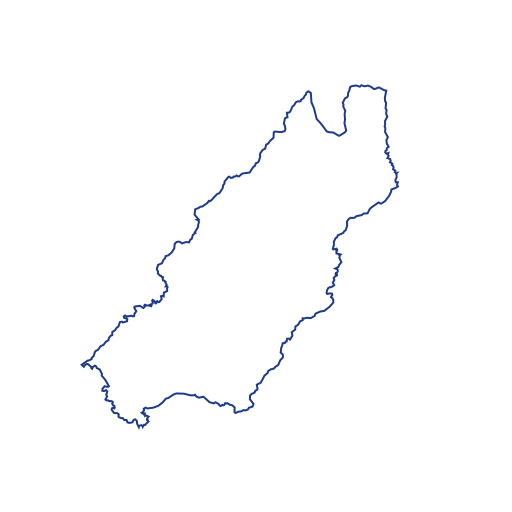 Santi Suk, Nan, Thailand, rotated 302°
{"feature_id": "78962969B68845226908078", "entity_name": "Santi Suk", "entity_type": "district", "adm_level": 2, "iso_a3": "THA", "parent_name": "Thailand", "parent_adm1": "Nan", "projection": "albers", "projection_center": [100.939, 18.92], "detail": "fine", "context": "isolated", "style": "outline", "palette": "blue", "viewbox_px": 512, "rotation_deg": 302, "n_neighbors": 0, "source": "geoboundaries", "source_scale": "gbopen_adm2", "svg_char_len": 6064}
<svg xmlns="http://www.w3.org/2000/svg" viewBox="0 0 512 512"><g transform="rotate(302 256 256)"><path d="M370.4,205.5L365.6,208.2L361.0,206.9L357.9,206.8L355.8,205.6L351.9,206.9L349.6,205.5L345.5,205.2L343.9,205.6L342.8,206.8L337.7,208.2L336.1,207.9L334.5,206.7L331.8,207.3L330.0,206.5L323.4,206.4L319.6,201.7L318.2,200.5L314.5,199.4L314.0,198.6L314.0,196.9L312.1,196.0L311.5,194.9L310.2,194.8L308.9,193.3L309.1,191.2L308.6,190.7L302.5,189.9L300.6,190.9L298.8,190.6L295.7,191.8L290.1,191.7L287.7,190.1L279.7,188.6L277.9,187.8L277.8,186.8L275.3,186.7L269.6,184.3L268.2,182.6L266.2,181.8L263.4,179.7L258.5,182.0L256.6,188.0L255.5,186.9L255.6,188.6L254.6,189.6L251.3,190.6L250.1,191.5L244.0,191.6L243.5,192.3L243.1,191.7L242.3,192.0L240.4,191.3L236.5,192.4L234.9,191.6L232.1,192.0L230.7,189.2L227.5,186.6L227.7,184.0L227.0,182.4L225.5,181.1L223.3,180.6L219.2,182.6L214.5,182.7L210.1,181.3L207.9,179.4L206.3,180.1L203.8,179.6L200.0,180.1L196.6,177.7L192.4,178.7L190.8,181.2L189.1,182.1L188.4,185.6L188.9,186.2L188.4,187.3L188.7,188.4L187.2,188.9L186.0,190.1L186.5,191.5L186.2,193.1L185.5,193.1L184.2,195.5L182.6,195.6L183.3,196.3L182.8,197.5L181.9,197.5L179.2,199.2L176.2,197.3L172.8,199.1L172.5,197.5L171.5,196.7L169.6,198.8L165.7,198.4L165.1,197.7L165.4,196.2L164.5,195.9L163.0,196.4L162.6,195.7L164.0,193.8L164.0,191.6L163.1,191.6L161.9,193.1L160.8,193.5L158.7,192.1L158.6,193.6L157.8,193.7L157.2,191.2L156.1,189.6L155.9,187.7L155.1,187.5L155.1,188.3L154.2,188.6L152.2,188.0L152.2,183.9L148.8,179.9L147.7,180.1L145.7,183.8L142.8,183.5L140.4,184.5L139.4,183.3L139.5,182.2L136.3,178.7L136.2,176.6L135.3,176.0L134.3,176.1L133.7,177.1L134.4,179.4L134.2,180.4L132.3,181.2L129.1,178.3L129.3,177.1L127.9,175.6L123.3,176.7L121.5,175.9L118.4,175.8L115.5,174.4L112.6,176.0L111.4,175.0L108.7,174.7L106.3,175.5L103.7,174.1L99.9,173.8L97.0,172.0L92.5,171.7L90.9,170.5L89.0,170.3L85.0,171.4L82.2,170.6L81.4,171.2L78.9,169.7L78.2,168.7L71.4,165.8L70.8,168.7L72.9,168.8L74.9,169.8L75.3,170.6L74.7,174.7L73.6,175.9L73.5,176.8L75.5,176.5L77.6,177.4L77.7,178.9L76.6,180.3L77.0,183.5L74.4,187.8L72.8,188.6L71.1,193.8L67.7,200.2L66.5,199.8L65.3,196.6L62.0,196.2L60.3,197.1L60.9,198.8L62.8,199.9L62.2,201.8L59.1,202.4L58.0,204.1L54.4,204.4L54.4,205.9L55.1,206.7L55.2,208.7L56.1,209.8L56.5,211.6L55.8,212.3L54.6,212.3L53.7,213.7L53.9,215.2L52.5,216.6L51.6,216.6L51.5,215.1L50.8,214.6L49.5,214.8L48.8,215.8L47.6,218.9L49.0,221.1L49.2,222.6L49.0,223.5L47.0,224.4L46.7,225.2L47.0,227.3L47.9,228.9L47.1,231.1L48.3,233.2L46.8,235.1L47.2,236.8L49.4,239.3L52.3,239.1L53.5,240.2L53.0,242.3L50.9,243.9L48.8,247.3L50.0,246.9L51.8,248.4L51.8,249.9L51.2,250.5L53.5,250.5L53.9,251.4L58.7,252.5L58.9,251.4L59.4,251.2L59.2,250.6L60.1,249.8L62.9,250.0L62.5,247.2L61.6,246.7L62.3,246.2L62.2,245.0L63.5,245.0L62.3,242.7L62.5,242.1L63.9,243.2L65.1,242.6L65.9,242.9L67.0,241.7L69.0,242.8L69.1,244.6L72.8,249.1L77.1,252.5L82.3,254.4L87.4,255.2L89.0,256.8L94.9,259.5L97.3,261.4L101.0,267.8L103.2,274.5L104.9,277.1L106.0,277.8L105.2,279.9L105.6,282.6L108.8,286.1L107.4,294.1L108.7,298.3L110.5,299.2L110.7,302.9L109.9,304.2L110.0,305.5L111.9,306.3L111.9,307.3L112.8,308.0L115.0,307.9L115.2,309.1L116.1,309.8L115.9,312.5L116.8,314.7L116.3,318.1L112.1,320.6L112.1,322.0L114.4,323.3L116.3,325.7L118.7,327.0L119.3,328.7L120.5,329.8L121.8,330.5L123.6,330.4L126.5,332.9L129.2,332.3L131.3,326.7L134.5,324.9L136.4,325.2L139.4,327.2L141.3,326.8L143.2,327.9L144.1,327.7L147.3,324.9L151.2,327.2L159.1,326.6L162.8,327.8L164.8,327.3L167.9,328.7L169.9,330.8L172.1,331.1L175.4,332.6L180.4,331.8L183.6,332.5L185.0,332.2L186.7,330.8L187.1,328.2L191.6,326.0L193.8,325.8L196.1,324.8L197.5,326.6L199.1,326.5L199.7,327.3L202.3,326.2L203.4,327.7L203.1,329.1L207.8,329.1L210.2,326.7L214.3,328.2L217.2,326.8L219.9,328.1L224.1,328.1L226.3,329.6L227.9,328.6L228.8,330.2L230.3,331.5L232.4,335.4L236.3,337.5L238.6,337.0L242.9,339.9L245.7,343.0L252.0,345.3L257.3,346.2L259.7,344.9L260.7,343.2L260.9,341.3L263.2,341.4L264.3,340.5L263.4,338.3L261.5,336.6L262.0,335.5L264.5,334.4L267.5,334.3L270.0,336.6L272.7,337.8L274.2,335.2L277.1,335.2L278.5,333.5L281.1,334.0L282.3,335.0L282.9,334.7L282.3,333.7L283.0,333.0L283.9,332.8L284.6,333.6L286.7,333.4L287.9,332.0L287.4,329.9L290.6,331.7L292.5,331.2L296.0,331.7L298.6,327.6L301.1,326.8L302.1,327.0L301.8,325.7L301.1,325.4L301.3,324.2L300.8,322.9L302.8,321.5L303.4,321.9L303.7,321.2L304.3,321.4L304.9,320.4L302.6,318.2L302.7,317.4L306.7,316.2L309.5,314.4L313.4,314.1L314.9,314.8L316.9,314.4L321.8,317.8L323.2,317.6L325.5,318.4L329.9,317.3L333.3,314.9L336.6,315.0L338.5,316.0L340.3,319.0L343.2,320.2L346.5,323.8L349.1,324.9L351.3,328.0L356.1,327.6L358.5,328.2L366.4,331.6L366.4,333.7L366.9,334.5L371.0,336.4L377.8,337.0L382.1,336.5L384.2,335.6L387.8,338.4L390.3,339.5L391.0,337.9L393.7,337.2L392.6,335.5L394.1,334.0L397.2,333.6L399.6,332.1L399.9,331.2L401.4,331.5L400.7,330.4L400.8,329.1L402.2,328.9L402.2,326.2L403.8,325.9L405.2,324.3L405.1,323.0L406.6,322.6L406.5,319.9L408.1,319.8L409.3,318.4L408.7,315.5L411.2,315.4L411.9,314.1L413.5,313.7L411.9,312.4L412.3,310.7L413.8,310.1L415.1,310.7L416.6,309.9L418.9,310.6L420.6,307.4L423.4,305.2L426.7,304.8L429.5,299.8L433.0,297.9L434.0,296.4L435.5,296.1L438.8,293.9L443.8,293.5L445.4,291.1L449.1,289.3L449.9,287.6L455.0,285.1L455.5,283.7L458.3,281.5L465.3,278.8L464.5,276.7L464.2,271.6L463.7,270.4L461.2,268.8L460.1,267.5L460.4,263.8L459.9,260.7L457.5,258.2L456.6,254.9L454.6,254.3L453.7,250.6L450.8,247.2L449.0,246.3L445.6,247.5L443.5,247.6L440.2,249.2L438.9,249.1L436.8,247.9L431.8,248.4L431.0,249.8L429.0,250.8L426.4,254.8L423.4,255.9L419.0,259.1L415.4,260.7L410.2,266.0L408.0,265.9L402.2,263.0L401.8,262.1L401.7,256.3L399.4,251.6L399.2,250.0L402.7,240.9L404.3,234.9L412.0,226.9L415.8,221.5L423.3,216.1L423.4,213.1L421.1,212.2L419.3,212.8L417.8,212.4L415.0,212.6L412.1,211.4L410.7,211.8L409.3,209.5L407.5,208.3L403.8,208.4L402.1,207.7L396.6,208.5L394.8,207.7L393.9,206.3L390.3,209.2L388.9,207.9L387.8,207.7L382.8,209.6L382.1,211.1L379.3,213.7L377.3,214.2L374.6,212.0L371.5,206.0L370.4,205.5Z" fill="none" stroke="#1e3a8a" stroke-width="2"/></g></svg>